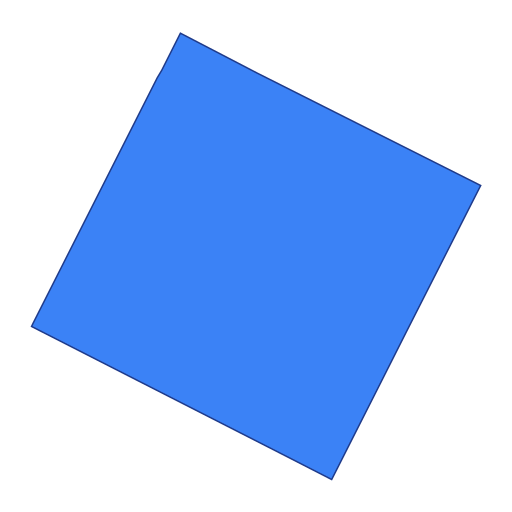 Newton, Mississippi, United States of America (Mercator projection), rotated 297°
{"feature_id": "52423323B80025699833508", "entity_name": "Newton", "entity_type": "district", "adm_level": 2, "iso_a3": "USA", "parent_name": "United States of America", "parent_adm1": "Mississippi", "projection": "mercator", "projection_center": [-89.133, 32.4], "detail": "fine", "context": "isolated", "style": "filled", "palette": "blue", "viewbox_px": 512, "rotation_deg": 297, "n_neighbors": 0, "source": "geoboundaries", "source_scale": "gbopen_adm2", "svg_char_len": 304}
<svg xmlns="http://www.w3.org/2000/svg" viewBox="0 0 512 512"><g transform="rotate(297 256 256)"><path d="M91.3,88.0L91.3,369.0L91.2,424.9L201.5,424.6L256.5,424.4L420.8,424.2L419.5,174.0L420.2,87.5L378.7,87.7L370.0,87.1L95.4,87.9L91.3,88.0Z" fill="#3b82f6" stroke="#1e3a8a" stroke-width="1.5"/></g></svg>